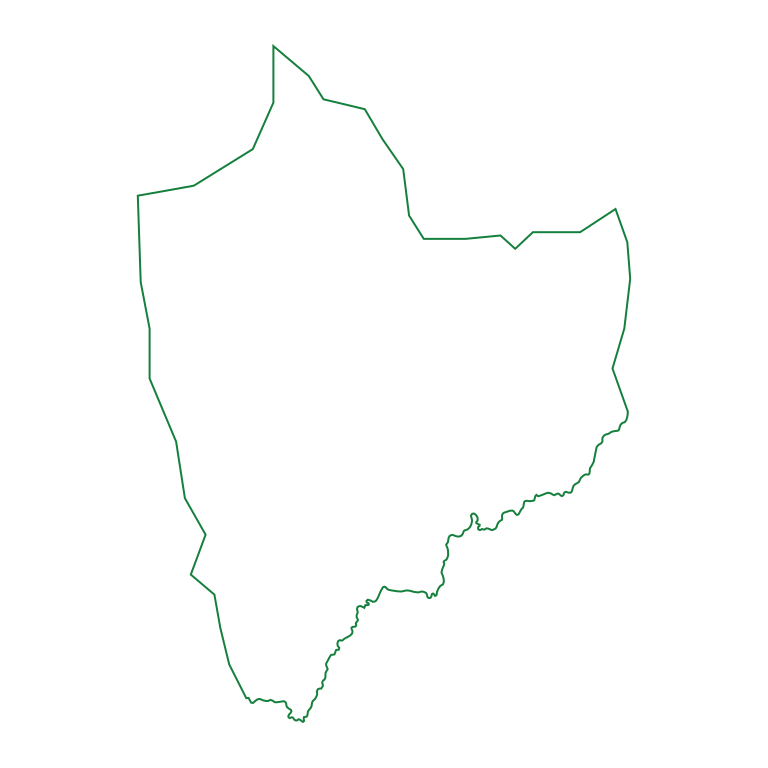 Asokwa Municipal, Ashanti, Ghana (Robinson projection)
{"feature_id": "2480657B91188187265148", "entity_name": "Asokwa Municipal", "entity_type": "district", "adm_level": 2, "iso_a3": "GHA", "parent_name": "Ghana", "parent_adm1": "Ashanti", "projection": "robinson", "projection_center": [-1.578, 6.646], "detail": "fine", "context": "isolated", "style": "outline", "palette": "green", "viewbox_px": 768, "rotation_deg": 0, "n_neighbors": 0, "source": "geoboundaries", "source_scale": "gbopen_adm2", "svg_char_len": 4816}
<svg xmlns="http://www.w3.org/2000/svg" viewBox="0 0 768 768"><path d="M627.8,411.5L612.5,368.5L624.3,328.6L630.2,278.8L627.3,242.2L615.5,209.0L580.1,232.2L532.9,232.2L515.2,248.8L500.5,235.5L465.1,238.9L423.8,238.9L409.1,215.6L403.2,169.1L382.5,139.2L364.8,109.2L323.5,99.3L308.8,76.0L273.4,46.1L273.4,102.6L252.8,149.1L193.8,185.7L137.8,195.7L140.7,282.1L149.6,328.6L149.6,378.5L176.1,441.6L184.9,498.2L205.6,534.7L190.8,574.6L214.4,594.6L220.3,627.8L229.2,664.4L246.3,698.2L248.6,697.9L249.5,699.7L250.3,701.2L251.2,702.7L253.1,702.9L255.5,700.8L257.2,699.5L259.0,699.0L260.5,699.2L263.2,700.4L264.7,700.7L266.2,701.0L268.3,700.9L269.4,700.4L270.4,699.9L272.6,700.6L274.5,702.1L276.3,702.3L280.1,701.8L283.7,701.2L285.4,702.0L286.2,703.6L286.4,705.4L287.0,707.1L289.4,709.0L290.3,709.5L291.1,710.1L291.4,711.3L290.8,712.7L289.3,714.2L288.4,715.9L288.4,717.0L289.0,717.6L289.6,718.1L291.7,717.3L293.1,717.7L294.2,719.6L295.8,720.5L297.3,720.3L298.4,719.3L299.6,719.5L302.9,721.9L304.1,720.9L303.7,719.1L303.9,717.2L305.3,716.9L306.7,716.6L307.5,714.9L307.9,711.7L309.1,709.7L310.3,708.5L311.5,706.3L312.1,702.4L313.1,700.7L314.1,699.8L315.1,698.9L316.4,696.5L317.0,695.0L317.2,693.3L316.8,691.5L317.9,689.2L319.5,688.6L321.2,688.6L322.9,685.9L322.7,684.3L322.2,682.9L322.7,681.2L323.4,680.2L324.4,679.7L325.2,678.1L325.5,676.9L325.4,674.9L325.6,672.8L326.5,671.0L327.7,669.2L326.1,665.1L326.2,663.5L327.0,662.0L330.2,656.1L331.2,654.8L333.0,654.7L334.4,654.4L335.1,652.9L335.7,650.9L336.2,649.9L337.4,649.8L338.6,649.8L339.2,648.7L339.2,647.6L337.7,645.9L337.4,643.4L338.2,641.1L339.2,640.5L340.1,640.1L340.9,640.5L342.1,640.6L343.1,639.9L344.2,638.8L345.4,638.2L346.6,637.5L350.0,635.7L352.1,633.5L352.5,631.7L352.3,630.4L351.6,629.1L351.5,627.8L352.3,627.0L353.3,626.8L355.3,626.6L356.1,625.8L356.2,624.5L355.8,623.4L356.1,622.6L356.7,621.9L357.9,620.3L357.7,619.2L356.7,617.4L356.6,615.6L357.1,613.9L357.7,612.6L357.5,611.0L357.0,609.2L357.4,607.3L358.5,606.4L359.5,606.2L360.5,606.0L362.8,607.0L364.3,607.8L365.4,605.1L368.0,605.1L368.8,604.5L368.5,603.2L366.7,602.5L366.6,601.7L366.5,600.8L367.9,599.7L370.6,600.5L372.8,601.8L374.5,601.6L375.8,601.0L377.5,598.5L379.2,594.6L381.0,590.5L382.0,588.9L382.9,587.3L384.3,586.7L385.5,587.0L386.3,588.0L387.3,589.1L388.5,589.7L389.5,590.0L392.7,590.6L395.0,590.9L397.3,591.3L401.6,591.5L404.1,590.9L406.7,590.4L409.6,590.7L414.5,592.0L418.3,592.4L421.7,591.5L422.9,591.7L424.0,591.9L426.1,593.0L426.8,594.3L427.5,597.0L428.5,597.9L429.5,598.0L430.5,597.8L431.3,596.5L432.0,594.0L433.0,593.5L434.1,594.3L435.0,595.9L436.1,595.5L436.6,594.8L437.0,591.9L438.5,588.4L439.4,587.2L440.2,586.0L443.0,584.3L443.9,581.7L443.8,580.9L443.7,579.1L442.9,575.9L442.2,574.3L441.5,572.6L442.1,569.7L443.0,567.3L444.0,565.2L444.3,563.7L443.6,562.1L444.2,560.9L445.3,560.3L446.5,559.6L447.3,558.0L447.7,556.8L448.1,555.6L448.1,553.6L448.0,550.3L447.4,548.0L446.4,545.7L446.2,544.7L447.4,542.9L447.9,542.2L448.6,537.9L449.6,536.0L451.1,535.2L452.6,534.9L454.3,535.5L455.3,535.9L456.3,536.3L458.5,536.6L460.7,536.1L462.3,534.6L463.2,532.8L463.7,531.3L464.5,530.4L465.5,530.1L467.5,529.5L469.6,527.6L471.0,525.2L471.7,522.7L472.1,520.3L471.5,517.8L470.9,515.8L472.1,513.8L473.9,513.5L475.9,514.9L477.4,517.3L477.7,518.8L477.6,520.5L476.2,522.2L476.3,523.1L477.9,524.0L479.7,524.8L479.6,525.8L478.2,527.0L478.1,528.0L478.3,529.3L479.5,530.0L480.6,529.9L482.0,529.0L483.1,529.4L484.4,529.6L486.3,528.4L487.9,528.5L489.2,529.0L490.7,529.6L491.9,530.1L493.3,529.7L495.7,528.4L496.6,526.8L497.5,524.1L498.6,522.2L500.3,520.7L502.0,519.8L502.2,518.4L501.9,516.0L502.6,513.9L503.7,512.8L504.8,512.4L510.1,510.7L512.4,510.6L513.8,511.4L514.8,512.9L516.5,514.8L518.0,514.7L518.9,513.8L520.4,510.9L521.7,508.8L522.9,507.8L523.3,506.9L524.1,502.3L524.8,501.3L525.7,501.0L526.6,500.8L530.2,501.2L533.0,500.8L534.2,500.3L534.9,497.7L535.4,495.9L536.5,494.9L537.2,495.6L538.0,496.2L540.1,495.7L547.3,492.9L549.0,492.9L550.4,493.2L552.8,494.6L554.4,495.2L555.6,494.5L557.0,493.8L558.2,493.6L559.4,494.2L560.7,495.5L561.9,496.1L562.9,495.6L563.6,494.7L563.9,493.3L564.6,492.3L566.0,491.8L567.9,492.5L570.0,492.8L571.2,492.3L572.0,490.9L572.4,489.3L572.8,487.9L573.5,485.9L575.2,484.2L576.9,483.3L578.2,482.5L579.0,481.9L580.0,479.6L581.1,477.6L582.6,476.3L583.8,475.3L585.5,474.4L587.0,474.5L588.6,474.5L589.4,473.6L589.7,471.8L589.8,470.1L590.0,468.3L592.0,465.2L593.8,461.6L594.1,459.6L596.4,448.2L596.8,446.8L597.8,445.6L599.2,444.4L600.8,443.6L602.0,442.3L602.5,441.0L602.3,438.9L602.7,437.4L603.5,436.3L604.5,435.2L606.1,434.4L607.9,434.0L609.4,433.3L610.8,432.2L612.6,431.5L614.8,431.1L617.9,430.7L618.6,430.3L619.3,428.9L619.5,427.6L620.1,426.0L620.6,424.6L622.5,422.9L624.8,422.2L625.5,421.1L626.3,420.1L627.2,417.1L627.7,414.1L627.8,411.5Z" fill="none" stroke="#15803d" stroke-width="2"/></svg>